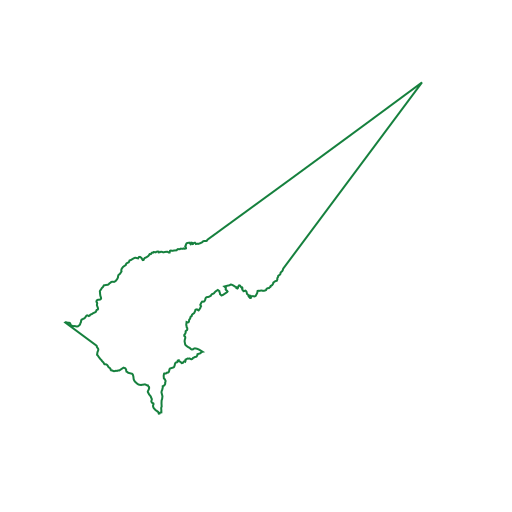 outline of Manyatta, Eastern, Kenya, rotated 77°
{"feature_id": "3690345B28172026836823", "entity_name": "Manyatta", "entity_type": "district", "adm_level": 2, "iso_a3": "KEN", "parent_name": "Kenya", "parent_adm1": "Eastern", "projection": "mercator", "projection_center": [37.497, -0.372], "detail": "fine", "context": "isolated", "style": "outline", "palette": "green", "viewbox_px": 512, "rotation_deg": 77, "n_neighbors": 0, "source": "geoboundaries", "source_scale": "gbopen_adm2", "svg_char_len": 6164}
<svg xmlns="http://www.w3.org/2000/svg" viewBox="0 0 512 512"><g transform="rotate(77 256 256)"><path d="M341.0,406.9L342.9,403.2L343.8,402.7L345.8,402.6L348.5,402.9L349.8,402.7L351.0,402.3L353.1,400.9L354.0,400.2L354.8,399.4L355.3,398.4L355.9,396.9L355.8,396.0L356.0,394.9L356.0,393.6L356.3,392.7L357.5,391.3L357.7,390.5L358.9,390.2L359.6,389.7L360.6,389.8L361.9,390.5L363.1,391.5L363.9,392.0L364.9,391.9L365.6,391.5L366.6,391.4L369.3,390.1L370.4,390.1L371.1,389.8L372.1,389.7L374.1,390.7L375.2,390.5L376.0,390.0L376.4,389.2L377.2,389.1L377.9,389.6L378.9,390.1L380.0,390.1L381.4,389.8L382.3,389.2L383.3,388.7L384.0,388.2L384.5,387.5L385.2,387.2L385.7,386.5L386.5,386.3L387.7,386.2L387.8,385.4L387.2,385.0L387.0,384.2L387.1,383.4L385.9,383.1L382.9,382.6L382.2,382.3L381.5,381.8L378.2,381.2L375.6,380.5L374.1,379.6L371.6,378.7L367.7,378.8L366.6,378.4L365.8,377.9L365.2,377.4L364.2,377.0L363.4,376.5L361.9,376.2L361.5,374.5L360.4,373.4L359.7,373.1L358.9,373.0L358.4,372.6L357.4,372.2L355.5,372.6L354.6,373.3L352.4,373.0L351.6,372.8L349.9,372.0L349.9,371.2L350.2,370.5L350.1,369.7L349.6,368.9L349.8,367.9L349.2,366.9L347.7,366.1L346.9,365.8L346.3,365.1L346.0,361.4L345.6,360.7L344.0,359.7L343.0,359.3L342.0,358.5L341.7,357.7L341.8,356.9L341.2,356.2L340.3,355.8L340.2,354.7L341.4,354.6L341.8,353.8L342.3,353.3L343.7,352.5L343.7,351.3L342.7,350.3L342.5,349.4L343.1,348.8L342.3,348.2L341.1,348.0L340.5,345.6L340.9,344.7L340.9,343.7L341.6,343.0L342.1,342.2L341.9,341.1L341.1,340.2L341.0,339.2L340.7,338.5L340.7,336.7L339.7,335.6L338.5,335.1L338.3,332.3L337.3,330.4L337.3,329.6L334.6,332.3L333.7,333.5L333.2,334.2L332.5,335.6L332.2,336.7L332.4,337.7L332.8,338.4L332.6,339.7L331.9,340.5L331.3,340.8L330.5,341.4L329.7,342.4L328.9,343.2L327.2,344.5L326.4,344.9L323.2,344.8L321.7,344.3L319.9,343.3L318.6,343.2L317.7,343.9L316.7,343.6L316.0,342.7L314.9,341.8L313.5,341.5L313.0,340.7L312.7,339.9L311.9,339.4L310.8,339.2L309.7,339.6L308.4,339.4L307.5,339.5L304.7,338.5L305.4,337.5L305.4,336.7L304.8,336.1L303.0,335.4L302.4,334.5L301.9,334.1L301.1,333.8L300.4,333.3L300.2,332.3L298.9,331.6L298.3,330.7L298.1,330.0L297.7,329.1L296.2,327.9L295.6,327.5L294.9,327.2L294.6,326.3L294.8,325.4L295.4,325.0L296.1,324.2L295.5,323.4L293.9,321.8L293.0,321.3L292.5,320.8L291.1,321.3L289.2,319.8L288.3,318.7L288.7,317.4L288.6,316.7L288.1,316.1L287.2,315.3L286.0,314.8L285.3,314.1L285.0,313.2L285.2,311.4L284.6,309.0L283.7,308.2L283.2,307.3L283.1,306.0L282.8,305.2L282.3,304.7L281.5,303.5L280.5,300.9L282.0,299.6L282.9,299.7L284.1,299.5L285.1,299.6L286.7,298.5L286.5,297.0L284.7,292.3L284.2,291.7L283.2,292.1L282.3,292.9L281.6,293.1L280.3,292.5L278.6,293.7L278.5,289.9L278.6,289.2L278.5,288.1L278.1,287.2L278.4,286.3L279.8,284.5L280.9,283.6L281.5,282.7L282.1,282.1L282.9,282.3L283.5,281.4L283.0,280.7L282.1,280.4L281.3,279.7L280.8,279.0L281.3,278.2L282.2,277.9L283.2,277.4L283.4,276.6L284.2,276.4L284.6,276.9L285.8,276.9L286.8,276.3L287.5,276.1L287.5,275.2L287.3,274.2L288.0,273.6L288.7,273.3L290.9,273.3L291.8,272.6L292.5,272.3L293.0,271.3L293.7,272.2L294.6,271.8L295.6,271.2L295.7,270.5L295.0,270.1L294.2,270.0L294.2,269.0L294.6,267.6L295.1,266.5L294.8,265.3L292.4,263.2L290.4,262.3L290.4,261.5L290.7,260.7L290.8,258.6L291.1,257.8L291.5,257.1L291.7,256.1L291.6,254.4L291.4,253.8L290.6,253.3L290.1,252.4L290.0,251.5L290.2,250.6L289.6,249.7L289.3,248.8L288.4,248.4L288.3,247.6L288.0,246.8L286.8,245.5L285.8,245.1L284.9,243.0L284.8,241.3L283.5,240.4L282.6,240.3L281.9,239.8L281.4,239.2L280.3,238.8L279.6,237.0L278.9,236.2L277.8,235.8L277.1,234.8L276.7,233.9L275.9,233.2L274.4,232.3L124.2,55.2L154.4,124.9L190.9,209.8L229.2,299.7L230.0,300.3L230.2,301.1L229.7,303.2L229.8,304.3L230.5,305.3L231.0,307.5L231.2,309.7L230.8,310.4L230.8,311.9L230.0,312.1L229.3,312.5L229.3,313.4L229.5,314.1L230.1,314.6L230.1,315.3L228.8,315.3L228.4,316.1L229.6,317.1L228.0,318.0L227.9,319.8L228.0,320.7L228.6,321.3L229.2,321.8L230.2,322.1L230.6,322.8L231.4,322.7L232.1,322.4L232.8,322.5L232.9,323.5L232.8,324.4L232.3,325.0L232.5,325.8L231.9,327.8L232.2,328.5L232.1,329.5L231.7,330.5L232.0,331.3L232.6,332.1L232.2,334.6L232.2,335.4L232.1,336.6L231.5,337.7L231.6,338.6L233.2,339.4L233.0,340.2L232.3,340.9L231.8,341.7L231.8,342.4L231.6,343.3L231.6,345.5L230.7,346.9L230.5,347.9L230.7,348.9L230.6,350.0L229.8,350.0L229.5,350.9L229.5,352.1L229.9,352.9L229.1,354.7L229.6,355.4L229.3,356.3L229.5,357.0L230.3,357.6L230.5,358.3L230.2,359.2L231.4,360.4L231.9,361.2L232.6,363.1L232.9,364.8L233.5,365.6L234.6,366.5L234.5,367.3L232.0,368.1L230.8,369.2L230.6,370.1L231.1,370.8L231.8,371.4L230.5,374.1L230.6,375.0L231.2,377.2L231.7,378.4L231.9,380.2L233.5,381.4L233.9,383.3L234.2,384.0L234.9,384.6L235.5,384.9L236.4,387.3L236.8,388.1L237.9,389.4L238.6,390.0L239.6,390.5L240.8,390.5L242.0,391.8L242.6,392.3L243.3,393.7L243.7,394.4L245.0,395.1L245.8,395.3L247.2,396.4L248.8,398.4L249.3,400.0L248.8,401.6L248.7,402.8L249.3,403.8L249.7,405.0L250.4,405.9L250.7,406.8L250.5,408.6L250.4,410.9L251.7,412.0L252.6,413.5L253.9,414.7L254.5,415.5L255.1,416.0L255.8,416.2L256.7,416.2L257.4,416.4L259.8,416.6L261.7,416.4L262.5,416.5L263.1,417.0L263.4,417.9L263.2,419.1L263.1,420.1L263.5,421.2L264.7,421.8L265.6,421.4L266.5,421.4L267.2,421.8L268.2,422.1L271.3,421.7L272.1,421.8L272.6,422.3L272.7,423.4L273.3,423.9L274.2,424.4L274.6,425.2L275.1,427.6L275.7,429.1L275.8,430.2L276.1,430.9L276.7,431.5L276.9,432.5L276.0,433.4L275.9,434.3L276.3,435.0L277.6,436.4L278.2,437.4L278.3,438.5L278.7,439.3L278.7,440.1L279.3,440.8L281.0,441.4L281.5,441.9L283.0,442.8L283.5,443.3L283.9,444.1L284.5,445.4L284.4,446.5L283.5,448.4L283.3,449.5L282.3,451.6L281.4,452.0L279.7,452.3L279.2,452.7L278.2,455.6L277.7,456.1L277.9,456.8L307.2,431.8L307.9,431.4L308.9,431.5L310.8,430.7L311.7,430.7L312.6,431.1L314.0,432.1L316.5,433.1L317.2,432.6L319.1,431.9L321.7,430.7L322.7,430.0L323.7,429.7L325.6,428.5L326.8,428.3L327.4,427.9L327.6,427.1L328.0,426.2L328.8,425.5L329.7,425.1L330.6,424.9L331.2,424.6L332.5,423.5L333.2,423.2L334.2,423.2L334.9,422.8L335.2,421.8L336.1,420.8L336.4,419.6L336.3,418.4L336.7,417.2L336.5,416.0L336.8,415.0L335.0,410.2L336.0,408.6L337.6,408.1L338.4,408.3L339.6,408.2L340.1,407.4L341.0,406.9Z" fill="none" stroke="#15803d" stroke-width="2"/></g></svg>